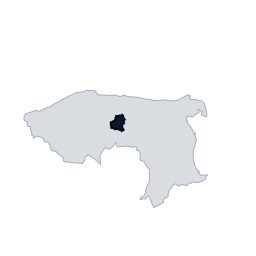 Oxapampa, Pasco, Peru shown in context, rotated 124°
{"feature_id": "86281439B19526712257024", "entity_name": "Oxapampa", "entity_type": "district", "adm_level": 2, "iso_a3": "PER", "parent_name": "Peru", "parent_adm1": "Pasco", "projection": "albers", "projection_center": [-75.08, -10.181], "detail": "fine", "context": "in_parent", "style": "filled", "palette": "ink", "viewbox_px": 256, "rotation_deg": 124, "n_neighbors": 0, "source": "geoboundaries", "source_scale": "gbopen_adm2", "svg_char_len": 7145}
<svg xmlns="http://www.w3.org/2000/svg" viewBox="0 0 256 256"><g transform="rotate(124 128 128)"><path d="M180.3,77.8L180.2,78.4L179.4,78.7L178.6,78.3L177.5,78.4L175.8,76.8L171.8,77.0L170.0,78.8L167.3,79.1L164.4,79.9L161.1,80.2L155.9,83.0L154.7,84.2L152.3,85.9L150.4,86.4L149.4,91.6L147.5,94.6L146.8,96.3L147.8,98.8L147.8,100.0L146.7,101.0L145.9,101.1L144.1,102.2L141.5,104.5L141.0,106.2L141.8,108.6L141.5,108.8L139.4,109.3L139.4,110.6L139.0,111.1L140.8,112.9L141.8,113.4L141.9,113.9L141.7,114.3L141.3,114.5L141.2,115.0L142.6,116.3L143.5,119.1L145.4,120.5L145.4,121.4L146.0,122.3L147.0,122.9L149.3,125.7L149.3,127.0L146.9,130.0L150.8,130.0L155.2,131.1L155.8,131.5L156.3,132.9L156.4,133.8L157.2,134.5L157.1,136.1L162.9,136.2L166.6,135.8L172.7,130.9L173.7,130.5L173.1,131.6L173.0,132.4L173.4,133.2L172.6,134.4L172.4,146.5L173.5,145.9L174.9,147.0L175.9,147.1L179.2,145.8L183.1,146.1L191.7,162.0L190.9,163.1L190.9,163.9L189.8,164.6L188.7,165.8L188.5,172.1L187.6,173.9L188.1,174.9L188.5,176.9L189.3,178.2L189.5,178.9L189.4,179.2L188.2,179.9L188.1,181.0L185.8,183.2L185.4,184.7L184.6,185.2L184.4,186.9L186.3,189.7L185.0,191.3L183.8,193.7L185.7,198.9L186.5,199.7L187.4,199.7L188.7,200.1L189.4,200.9L187.7,201.8L187.5,202.3L187.6,204.0L185.8,205.2L183.4,208.4L182.7,208.5L181.5,209.5L181.3,210.0L181.5,210.4L182.5,211.4L182.6,212.6L180.9,214.0L179.7,214.1L179.2,214.5L179.7,216.5L179.7,217.4L179.3,218.5L178.4,219.6L175.9,220.7L173.6,220.9L169.7,217.9L168.5,216.7L164.7,214.1L164.1,211.5L162.8,210.2L160.5,209.2L158.6,207.8L157.2,207.2L153.7,204.2L150.5,203.2L144.6,200.0L141.4,199.0L137.3,196.0L135.0,195.2L133.3,193.9L127.8,190.9L127.0,190.0L126.2,188.6L125.0,187.7L123.6,185.7L121.6,184.6L119.6,183.1L117.2,178.9L116.1,178.0L116.0,176.1L115.2,175.2L116.4,174.6L117.1,171.7L116.7,170.2L114.0,166.3L113.4,164.7L111.4,161.7L110.6,159.9L109.0,158.6L108.3,157.4L107.4,157.0L107.4,155.6L106.7,152.9L105.8,151.6L102.6,149.1L102.3,146.4L101.5,144.6L97.0,137.0L94.3,129.7L92.0,125.7L91.1,123.3L91.0,122.1L89.3,119.9L88.4,117.9L84.7,114.2L82.5,110.0L82.2,108.7L80.7,106.4L78.3,103.4L77.1,102.2L70.0,98.6L66.6,96.4L66.2,95.2L66.3,94.6L67.0,93.9L68.1,94.4L68.7,94.2L69.1,93.3L69.1,92.1L68.5,90.5L66.1,87.4L66.7,86.0L64.3,82.4L64.8,78.8L65.3,77.9L68.7,74.3L69.6,72.8L71.1,71.8L72.6,70.3L74.4,69.2L75.0,69.6L75.5,71.5L75.5,72.7L76.0,74.1L74.7,75.4L73.4,75.2L72.8,75.5L72.6,76.1L72.9,77.1L73.2,77.5L74.3,77.5L72.9,79.4L73.0,79.8L74.0,80.1L74.9,79.6L75.9,78.5L76.5,78.4L80.0,80.1L81.6,79.9L82.9,80.7L83.0,82.1L84.8,84.7L87.4,85.3L87.8,85.0L88.4,84.1L89.0,83.9L89.1,82.4L91.3,80.9L91.6,79.8L91.3,79.1L91.4,78.5L92.6,75.0L93.1,74.7L93.4,73.6L94.0,72.9L94.7,69.0L95.3,69.1L95.9,70.0L96.6,69.7L96.2,68.9L96.3,68.5L98.8,65.5L99.6,64.8L111.7,60.5L117.7,56.1L123.0,50.0L124.7,43.9L125.3,44.4L126.3,44.2L126.0,41.8L126.2,40.6L126.2,40.2L124.5,38.8L123.8,37.2L122.4,36.2L122.4,35.9L124.0,36.2L125.4,36.1L126.6,35.1L127.5,35.2L129.5,36.6L131.0,36.7L131.4,37.7L132.9,38.4L134.9,40.5L135.8,42.8L135.8,43.2L136.7,44.4L138.7,45.0L140.6,46.7L142.7,47.2L143.6,48.8L144.1,49.3L144.4,50.1L144.1,51.2L144.4,51.7L145.9,52.6L147.2,52.7L147.4,53.1L148.1,55.6L147.7,56.9L147.8,57.6L149.5,58.3L150.0,58.8L151.4,58.9L153.3,58.4L155.6,59.2L157.4,58.9L158.3,58.7L159.1,58.2L159.9,58.2L161.7,56.6L162.3,56.5L164.2,57.2L165.9,58.4L167.9,58.2L168.8,57.5L170.3,57.1L173.0,58.5L173.6,59.2L174.3,59.3L177.2,60.7L177.7,61.3L179.2,61.8L179.5,62.2L179.4,62.7L172.5,73.1L174.6,73.9L176.5,73.4L177.5,74.2L178.2,75.9L179.8,77.0L180.3,77.8Z" fill="#d9dde1" stroke="#a8b0b8" stroke-width="1"/><path d="M134.8,135.5L134.7,135.4L134.8,135.3L134.7,135.2L134.8,135.1L134.8,134.9L134.6,134.8L134.5,134.6L134.4,134.6L134.4,134.1L134.4,133.7L134.3,133.3L134.2,133.2L134.1,132.9L134.0,132.7L134.0,132.4L133.9,132.2L134.0,132.2L133.9,131.9L134.0,131.8L133.8,131.8L133.6,131.8L133.5,131.7L133.2,131.6L133.2,131.3L133.1,131.2L133.0,130.9L133.1,130.7L132.8,130.6L132.7,130.4L132.3,130.4L132.1,130.3L131.7,130.4L131.6,130.6L131.5,130.8L131.5,131.0L131.4,131.1L131.4,131.3L131.5,131.6L131.4,131.6L131.3,131.9L131.2,131.9L131.2,132.0L131.3,132.1L131.2,132.2L131.1,132.4L131.0,132.5L130.9,132.5L130.7,132.6L130.7,132.8L130.7,133.0L130.5,133.4L130.4,133.4L130.5,133.5L130.4,133.7L130.5,133.8L130.6,133.7L130.7,133.8L130.6,134.0L130.5,134.4L130.4,134.4L130.1,134.1L129.9,134.2L129.9,134.3L129.4,134.5L129.0,134.5L128.9,134.3L128.7,134.2L128.4,134.1L128.1,134.3L127.9,134.3L127.5,134.3L127.3,134.3L126.9,134.0L126.6,133.8L126.3,133.7L126.1,133.7L125.9,133.7L125.9,133.8L125.9,134.0L126.1,134.3L126.0,134.5L125.8,134.6L125.7,134.7L125.2,134.6L124.9,134.7L124.8,134.8L124.9,135.0L124.7,135.4L124.4,135.3L124.3,135.5L124.2,135.5L124.2,135.8L124.0,135.7L123.8,135.7L123.7,135.7L123.4,135.8L123.3,135.6L123.0,135.5L122.9,135.4L122.9,135.5L122.9,135.8L122.9,136.0L122.4,136.2L122.3,136.4L122.1,136.4L122.1,136.5L122.0,136.8L121.9,137.0L122.0,137.1L121.9,137.2L121.8,137.4L121.8,137.5L121.9,137.9L121.8,138.1L121.6,138.3L121.4,138.4L121.0,138.5L120.7,138.4L120.6,138.5L120.4,138.6L120.4,138.9L120.3,139.0L120.3,139.3L120.3,139.5L120.3,140.1L120.3,140.3L120.2,140.6L120.3,140.6L120.5,140.4L120.7,140.5L120.8,140.6L120.9,140.4L121.0,140.4L121.3,140.3L121.5,140.4L121.8,140.3L122.0,140.4L121.9,140.5L122.2,140.6L122.1,141.2L122.2,141.3L122.3,141.6L122.2,141.6L122.2,141.8L122.1,142.0L122.3,142.3L122.5,142.3L122.5,142.2L122.6,142.3L122.8,142.2L122.9,142.4L123.0,142.5L123.3,142.5L123.3,142.4L123.5,142.5L123.4,142.8L123.6,142.9L123.8,142.9L123.8,143.1L123.7,143.2L123.7,143.3L123.7,143.5L123.8,143.6L124.0,143.6L124.1,143.9L124.2,143.7L124.3,143.6L124.5,143.5L124.9,143.7L124.9,143.8L125.0,144.1L125.0,144.4L124.9,144.5L125.0,144.7L125.3,144.6L125.3,144.4L125.3,144.1L125.5,144.1L125.6,144.3L125.8,144.4L125.8,144.5L126.1,144.5L126.2,144.4L126.3,144.2L126.5,144.0L126.4,143.7L126.6,143.7L126.8,143.7L127.0,143.9L127.1,143.5L127.3,143.7L127.5,143.5L127.8,143.3L127.9,143.1L128.0,142.9L128.1,142.7L128.3,142.6L128.5,142.8L128.8,142.8L128.8,143.2L129.0,143.4L129.0,143.5L129.3,143.4L129.5,143.6L129.9,143.8L130.0,143.8L130.1,143.7L130.2,143.4L130.0,143.2L130.4,143.4L130.5,143.7L130.6,143.9L130.9,144.4L131.1,144.3L131.3,144.3L131.5,144.4L131.7,144.6L131.8,144.7L131.9,144.9L132.0,144.9L132.1,145.0L132.1,144.9L132.3,144.8L132.5,144.8L132.6,145.0L132.9,145.2L133.0,145.2L133.2,145.3L133.2,145.1L133.3,145.0L133.5,145.1L133.8,145.1L134.0,145.0L134.0,144.8L134.0,144.6L134.1,144.4L134.3,144.4L134.6,144.2L134.9,144.2L135.0,144.2L135.0,143.7L135.3,143.7L135.5,143.4L135.7,143.2L135.8,143.2L136.0,142.9L136.3,142.9L136.3,142.7L136.6,142.6L136.6,142.4L136.8,142.4L137.0,142.4L137.3,142.5L137.5,142.6L137.5,142.8L137.5,142.7L137.5,142.3L137.5,142.2L137.3,141.7L137.2,141.3L137.1,141.1L137.1,140.9L136.7,140.6L136.5,140.4L136.4,140.3L136.4,140.2L136.5,139.8L136.4,139.8L136.3,139.6L136.4,139.4L136.5,139.2L136.4,139.1L136.6,138.9L136.6,138.6L136.6,138.4L136.5,138.2L136.6,137.9L136.5,137.7L136.3,137.7L136.2,137.7L135.9,137.6L135.8,137.3L135.8,137.2L135.7,137.1L135.3,137.1L135.2,137.0L135.1,136.8L135.1,136.7L134.9,136.5L134.9,136.4L134.7,136.2L134.8,136.1L134.7,135.8L134.8,135.5Z" fill="#0f172a" stroke="#020617" stroke-width="1.5"/></g></svg>